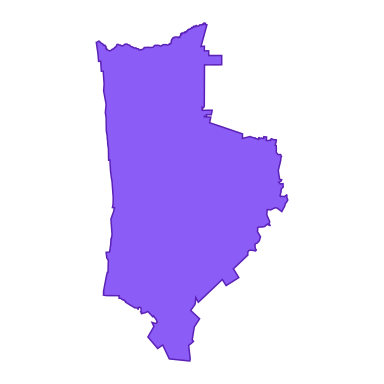 Tamuín, San Luis Potosí, Mexico
{"feature_id": "50627088B83737206456413", "entity_name": "Tamuín", "entity_type": "district", "adm_level": 2, "iso_a3": "MEX", "parent_name": "Mexico", "parent_adm1": "San Luis Potosí", "projection": "robinson", "projection_center": [-98.718, 22.082], "detail": "fine", "context": "isolated", "style": "filled", "palette": "violet", "viewbox_px": 384, "rotation_deg": 0, "n_neighbors": 0, "source": "geoboundaries", "source_scale": "gbopen_adm2", "svg_char_len": 5734}
<svg xmlns="http://www.w3.org/2000/svg" viewBox="0 0 384 384"><path d="M169.3,358.9L189.8,361.0L190.2,359.0L188.7,345.4L192.8,342.1L193.5,341.3L192.2,339.8L194.3,326.9L199.6,318.8L190.7,310.4L194.8,304.7L195.2,303.7L195.8,297.5L198.3,302.3L222.3,279.5L226.1,285.6L238.8,277.6L233.4,268.8L247.5,255.4L247.9,255.0L247.8,254.2L247.8,252.5L248.0,251.8L248.7,250.8L249.8,250.2L250.5,250.2L253.2,250.4L254.4,250.7L255.4,251.0L256.3,250.0L255.3,248.5L255.2,248.1L255.0,244.9L255.1,244.5L255.4,243.9L255.7,243.7L257.3,243.0L259.3,240.8L260.5,236.8L257.3,231.3L257.7,230.5L257.7,227.6L258.5,227.1L262.1,227.0L262.2,226.9L264.1,226.7L265.8,225.7L266.6,224.5L267.1,224.4L270.5,225.7L268.9,223.8L269.2,223.8L269.7,221.8L269.6,221.4L266.9,215.1L266.8,214.3L267.2,209.6L270.6,209.9L275.0,207.8L277.0,208.0L281.8,211.6L284.8,205.9L285.2,204.0L287.6,200.5L287.7,199.9L287.6,199.4L286.8,197.3L286.9,195.1L286.6,194.9L284.5,196.6L280.9,196.2L280.5,196.5L280.0,195.6L281.1,191.8L281.1,189.7L281.4,188.8L283.2,187.0L283.0,183.6L280.3,183.9L278.7,182.2L281.0,181.2L281.7,179.8L279.6,179.2L278.7,173.3L278.3,170.4L279.8,164.2L279.9,163.9L280.7,160.3L281.0,157.2L281.1,156.9L281.5,156.6L280.7,154.8L280.5,154.5L278.1,154.6L277.1,153.5L276.2,152.1L276.2,151.9L276.4,149.0L276.2,145.6L275.2,145.2L275.5,144.7L275.5,143.4L275.7,143.0L276.0,142.7L276.0,141.9L276.4,140.0L276.3,139.8L273.7,139.7L271.5,138.7L271.2,138.8L270.5,139.6L270.5,140.0L270.6,140.3L266.3,140.6L266.6,137.0L263.8,136.7L263.7,138.6L261.4,138.0L260.2,138.4L259.9,138.4L259.4,137.8L259.1,137.6L258.7,137.8L258.6,138.1L258.6,139.4L255.3,138.3L255.2,137.9L254.6,138.0L253.8,137.9L253.3,137.8L253.2,137.6L250.6,136.8L250.2,136.5L242.5,138.4L242.5,133.9L209.6,122.7L210.8,117.1L204.4,116.8L204.4,116.2L206.6,116.3L206.5,114.7L211.3,114.8L212.2,110.2L202.2,110.3L202.2,107.3L203.0,108.0L204.1,106.9L204.3,105.8L204.5,64.9L221.7,64.8L221.7,60.2L221.7,55.5L208.8,55.5L208.7,50.8L204.3,50.8L204.4,46.2L201.0,46.5L206.9,24.9L206.9,24.7L206.4,24.6L205.5,24.6L205.5,24.4L205.6,24.2L205.3,23.9L205.2,24.0L205.1,23.9L205.2,23.6L204.8,23.7L204.8,23.3L204.5,23.3L204.3,23.0L204.1,23.0L204.0,23.3L203.4,23.5L203.5,23.8L203.9,24.0L203.7,24.2L203.3,24.2L203.0,24.7L202.6,24.7L202.4,24.4L202.1,24.5L201.7,24.7L201.4,24.9L200.6,24.8L199.8,25.1L199.5,25.0L199.2,25.6L198.2,26.2L197.4,26.2L196.6,25.5L196.2,25.5L195.4,26.0L195.3,26.4L195.4,26.6L194.6,26.5L194.5,26.3L194.3,26.3L194.1,26.6L193.5,26.3L193.2,26.6L193.2,27.4L193.0,27.6L192.9,27.6L192.5,27.9L192.2,27.9L192.0,27.7L191.8,27.5L191.6,27.6L191.6,28.1L191.2,28.3L191.1,28.5L190.5,28.7L190.2,29.1L189.7,29.0L189.4,29.3L189.1,29.2L188.6,29.5L188.3,29.8L188.1,29.7L187.8,29.9L187.8,30.2L187.6,30.5L187.4,30.4L187.1,30.6L186.6,31.5L186.2,31.9L185.8,31.8L185.7,32.4L185.4,32.3L185.3,32.1L185.1,31.9L184.5,32.1L184.6,32.7L184.4,32.9L184.1,32.8L183.6,33.0L183.3,32.9L182.7,33.1L182.1,32.9L182.0,33.3L182.1,33.5L181.9,33.8L181.3,33.7L181.1,33.8L180.9,33.7L180.7,33.8L180.8,34.2L181.0,34.6L181.0,34.9L180.7,34.9L180.7,35.1L180.9,35.2L180.7,35.4L180.0,36.2L180.0,36.9L179.8,37.1L179.8,37.3L179.4,37.2L178.8,37.1L178.5,37.6L177.7,37.4L177.7,37.1L175.3,37.0L174.8,37.1L174.2,37.8L173.9,37.9L173.6,37.5L173.4,37.5L172.8,38.1L172.7,38.3L172.4,38.5L172.2,39.2L171.9,39.3L171.6,39.8L171.6,40.1L171.3,40.5L171.4,41.1L171.3,41.4L171.3,42.0L171.1,42.1L171.0,42.5L171.2,42.9L170.8,43.7L169.9,43.8L169.5,44.1L169.4,43.9L168.8,44.4L168.7,44.7L167.6,45.1L167.1,45.0L166.6,44.7L164.0,44.6L163.1,44.7L162.5,45.2L161.5,45.6L161.2,46.0L160.1,46.1L159.0,45.4L158.3,45.4L157.8,45.2L157.2,45.2L156.4,45.6L155.3,45.2L154.2,45.8L153.4,47.0L152.9,47.3L150.6,47.5L147.8,47.3L146.8,47.5L145.9,47.4L145.5,47.5L144.2,47.5L143.8,48.5L142.8,49.2L141.8,49.7L141.3,49.5L140.6,49.7L140.2,50.0L139.7,50.2L139.0,49.9L138.7,49.0L137.8,48.7L137.1,48.9L136.7,48.4L136.2,48.1L135.4,47.9L133.8,47.9L133.3,47.6L132.8,47.0L131.7,46.8L130.8,46.5L129.6,45.1L128.3,45.0L127.5,44.3L127.0,44.1L126.7,44.2L126.2,44.0L125.7,44.0L125.3,44.1L124.3,44.6L122.9,45.9L121.9,45.8L120.4,45.1L120.2,45.4L119.9,45.3L119.2,45.0L118.3,44.4L117.0,44.5L116.7,45.3L116.0,46.6L115.5,47.3L114.7,47.4L114.2,48.3L113.3,49.2L112.7,49.0L112.4,49.1L111.2,50.3L110.5,50.6L110.1,50.5L109.8,50.8L109.1,50.8L108.4,50.5L107.9,50.0L107.0,49.8L106.8,49.5L106.8,48.9L106.0,48.8L105.9,47.9L106.2,47.1L106.0,46.8L105.8,46.4L105.3,45.9L105.2,45.5L105.1,45.3L104.8,45.2L104.5,45.6L103.7,45.3L103.3,44.8L103.2,44.3L100.8,42.9L100.7,42.5L100.3,42.4L100.0,42.0L99.2,41.2L98.6,41.1L97.0,42.3L96.3,42.4L97.9,53.3L98.6,61.4L100.7,61.3L101.3,71.2L103.2,71.3L104.0,82.4L104.1,84.4L103.6,90.8L106.0,103.8L106.0,105.8L105.3,112.7L106.1,117.5L106.3,130.9L107.3,136.7L107.2,138.2L107.5,139.9L107.9,145.6L108.4,148.2L108.6,160.2L109.9,160.0L110.5,170.8L111.4,178.1L112.0,181.1L113.2,197.6L113.1,203.4L112.9,205.3L112.4,207.6L114.6,207.8L114.1,209.1L113.8,210.6L113.8,211.0L110.9,219.1L112.0,233.7L112.0,234.8L111.3,239.3L111.0,239.1L110.7,243.8L110.8,243.8L109.7,251.2L109.4,252.1L106.1,252.3L106.8,258.0L108.3,260.2L108.0,272.3L107.3,272.3L106.2,277.2L103.6,290.9L103.5,292.4L103.8,292.4L103.7,292.9L103.4,295.1L106.3,295.6L119.1,295.7L119.1,298.3L119.9,298.2L120.6,298.3L122.6,299.8L123.0,299.9L123.5,299.7L123.8,300.1L124.2,300.1L124.8,300.8L125.3,301.6L125.8,301.7L125.8,302.0L125.7,302.3L128.0,303.7L130.2,305.1L132.7,306.5L134.7,307.8L138.0,307.9L138.1,308.0L137.6,308.6L137.7,308.9L138.2,309.1L138.5,308.3L139.2,307.2L139.7,307.2L140.4,307.5L140.7,307.8L141.0,308.5L141.2,310.6L140.6,311.8L141.2,312.2L141.5,313.7L143.6,313.0L144.8,312.9L147.9,311.5L152.7,316.7L153.4,315.9L156.3,319.7L157.2,322.3L156.3,323.2L155.1,323.4L152.0,322.4L153.9,326.5L147.9,337.0L157.7,348.5L162.7,345.0L169.3,358.9Z" fill="#8b5cf6" stroke="#5b21b6" stroke-width="1.5"/></svg>